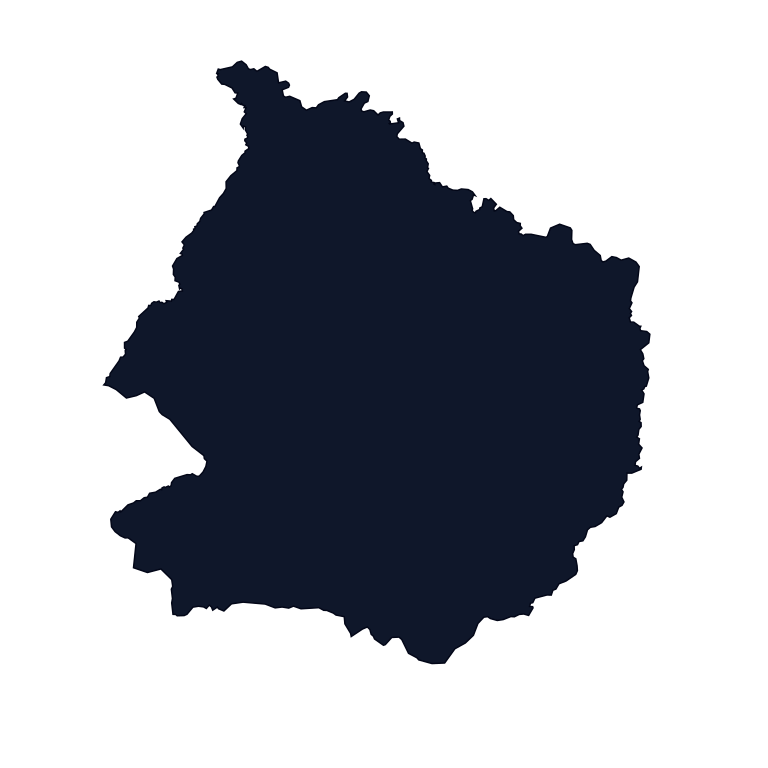 Tain, Brong Ahafo, Ghana, rotated 285°
{"feature_id": "2480657B14065489870616", "entity_name": "Tain", "entity_type": "district", "adm_level": 2, "iso_a3": "GHA", "parent_name": "Ghana", "parent_adm1": "Brong Ahafo", "projection": "orthographic", "projection_center": [-2.339, 7.791], "detail": "fine", "context": "isolated", "style": "filled", "palette": "ink", "viewbox_px": 768, "rotation_deg": 285, "n_neighbors": 0, "source": "geoboundaries", "source_scale": "gbopen_adm2", "svg_char_len": 6171}
<svg xmlns="http://www.w3.org/2000/svg" viewBox="0 0 768 768"><g transform="rotate(285 384 384)"><path d="M645.3,142.4L640.8,142.0L640.9,143.5L640.1,142.9L638.5,144.4L637.2,143.2L635.3,144.6L631.7,149.6L632.2,152.7L630.6,160.6L626.7,164.8L627.2,167.5L621.7,167.0L620.4,165.0L617.3,170.6L616.9,173.7L618.0,173.9L616.7,175.8L616.9,177.7L614.8,177.3L615.3,179.3L610.7,178.6L609.5,181.0L603.7,178.4L597.9,178.0L594.7,181.8L596.8,181.4L596.5,183.7L593.6,184.3L590.1,187.7L588.8,187.2L587.6,188.4L586.0,188.2L584.5,186.3L582.9,186.6L581.3,189.0L579.3,188.6L578.5,191.6L576.5,192.5L572.9,189.5L571.5,190.0L568.0,187.5L561.8,185.6L559.9,185.7L557.7,187.7L556.1,187.7L554.8,186.1L552.0,186.7L545.7,182.2L538.5,179.1L532.0,181.0L526.5,179.6L521.4,177.0L511.6,174.7L511.3,173.5L507.4,172.4L503.1,165.8L501.9,166.3L496.6,164.0L493.4,164.0L490.5,162.2L488.2,162.4L487.0,160.6L485.3,161.4L484.3,160.0L483.1,160.5L480.0,159.2L474.6,154.8L469.0,152.1L466.7,155.2L463.2,154.5L462.4,155.6L457.4,153.5L457.1,155.5L456.0,156.0L451.6,151.5L443.2,149.2L440.6,151.0L435.3,152.2L433.2,154.7L429.7,155.4L429.3,159.6L427.6,161.0L426.2,160.3L423.0,161.9L423.9,162.4L423.6,164.2L421.6,165.2L420.2,161.5L411.3,159.3L410.8,157.1L409.0,157.2L408.1,152.0L406.6,153.0L404.6,150.6L405.4,148.3L404.6,146.5L405.9,145.2L404.1,142.9L403.9,140.5L401.8,138.7L399.4,138.4L399.0,136.4L396.4,136.4L385.7,129.6L384.4,130.7L379.7,129.2L374.6,130.5L369.6,129.4L359.0,125.4L357.0,122.6L351.5,124.1L350.6,126.0L349.3,125.4L345.9,126.6L342.4,125.0L341.7,122.6L337.7,122.1L323.3,116.8L320.2,117.2L318.3,114.3L313.2,114.8L310.6,113.6L311.1,118.4L309.3,126.8L303.8,138.8L308.6,147.7L314.4,154.8L310.7,165.7L299.2,174.1L297.0,177.7L294.5,186.3L274.0,214.8L268.2,228.6L265.4,229.8L263.7,233.0L258.2,233.3L252.2,232.0L247.1,229.4L246.4,227.0L247.7,222.0L246.2,220.7L245.5,217.2L238.7,206.3L233.8,204.3L230.7,204.7L228.9,203.3L229.6,202.1L227.4,199.4L227.7,198.2L226.2,196.5L224.4,196.6L224.4,195.2L220.4,191.4L217.8,185.9L213.4,184.8L212.1,181.8L208.2,178.9L207.1,174.9L204.3,172.9L201.0,168.0L192.3,162.9L193.2,161.9L191.2,160.4L191.1,157.7L182.7,155.1L175.5,157.8L171.8,162.5L169.2,168.6L168.3,173.7L169.2,176.6L165.7,185.8L141.7,189.6L140.7,204.3L147.6,216.4L140.1,229.6L133.8,232.3L130.8,231.7L122.0,235.2L117.6,235.6L106.9,239.8L107.5,242.5L106.6,244.2L108.6,250.9L110.6,253.3L119.0,257.2L121.3,262.3L122.0,267.4L121.2,270.5L125.2,272.4L124.0,275.0L121.2,277.1L125.4,280.8L124.1,282.3L123.3,288.1L132.2,293.6L136.8,304.3L140.7,326.2L139.6,336.8L142.2,343.3L142.9,350.0L146.0,354.0L145.4,362.0L151.1,379.0L149.8,384.3L150.5,387.4L149.6,394.4L148.4,397.4L149.0,405.8L142.2,408.3L134.5,416.3L131.6,417.7L141.8,426.7L145.0,430.8L143.2,433.9L138.9,436.4L137.6,439.1L135.3,440.8L131.5,451.1L132.6,452.7L141.2,457.1L143.4,464.0L141.8,467.3L130.2,477.4L128.1,486.6L126.5,489.0L126.4,502.7L130.2,514.8L146.6,521.0L154.9,529.6L164.4,535.4L177.0,536.7L184.6,540.8L186.1,544.3L185.0,547.4L184.9,554.6L187.3,560.1L192.2,566.7L192.9,570.2L196.4,574.2L198.0,578.5L197.9,583.6L206.3,585.9L207.4,585.2L206.8,582.2L210.1,582.2L211.3,584.3L216.2,585.2L222.4,596.0L223.4,600.2L228.5,600.5L230.4,603.1L236.3,604.7L240.9,610.9L249.8,618.5L253.8,619.1L258.5,617.5L264.8,614.5L265.7,611.5L269.0,610.1L273.2,610.7L277.0,609.5L278.9,612.5L282.3,613.1L284.0,616.7L288.5,618.1L295.8,618.3L299.0,620.4L301.0,624.8L306.4,630.1L314.3,633.4L313.8,636.7L318.9,641.9L325.8,642.6L328.4,645.3L332.2,646.3L336.2,642.9L341.7,642.8L343.7,640.6L346.0,641.6L349.6,641.4L353.9,643.4L360.8,641.7L362.1,646.5L368.2,654.4L370.3,654.1L368.7,652.6L370.4,650.4L370.4,647.5L374.1,647.1L378.3,650.0L382.1,648.3L389.0,649.8L391.8,645.5L397.2,644.9L398.1,641.8L400.4,642.6L406.1,641.9L409.5,643.4L413.2,642.3L413.9,640.1L416.2,640.6L420.3,638.8L424.6,638.4L426.1,637.2L426.0,634.7L426.9,634.1L429.5,634.2L433.3,638.7L441.8,637.7L444.9,634.4L446.5,636.2L449.0,636.5L449.8,637.9L458.4,638.2L464.3,635.4L466.5,635.5L469.0,630.4L473.4,627.5L475.7,628.4L480.1,626.2L483.5,622.7L492.3,629.1L500.9,627.9L502.7,624.2L501.9,618.1L503.9,616.8L506.2,617.1L505.9,615.7L508.4,609.2L507.6,606.1L511.4,603.7L514.2,605.3L516.0,603.7L518.1,604.4L520.3,601.4L526.6,602.5L528.1,600.6L530.9,600.2L542.3,600.5L548.3,602.4L563.5,600.1L567.0,595.8L569.0,587.8L565.0,581.0L566.3,575.8L566.0,571.1L560.1,566.5L558.5,563.7L559.7,561.7L564.1,559.6L567.5,552.4L572.2,547.0L572.5,543.9L568.1,532.8L568.5,530.3L572.1,527.8L581.0,525.7L583.0,523.6L583.8,512.3L577.7,504.5L568.8,503.6L567.6,502.5L566.7,487.3L565.2,481.9L563.3,479.9L564.4,477.7L564.0,475.6L566.3,474.4L570.2,476.9L572.1,474.6L574.4,474.1L574.3,470.4L576.3,466.7L580.1,465.3L582.8,461.0L582.4,458.1L584.7,450.1L580.4,447.2L579.7,445.7L582.4,444.3L586.7,446.0L590.8,439.2L588.5,437.7L589.4,434.6L588.8,432.6L580.6,433.0L578.8,431.0L577.3,431.3L574.7,428.2L573.1,428.0L573.0,426.1L574.5,424.1L576.1,424.3L583.5,419.9L585.2,421.3L589.8,421.5L589.6,423.3L592.5,419.7L593.6,415.0L592.4,408.2L590.1,405.0L589.1,400.4L589.8,395.3L591.4,393.4L589.5,389.4L592.9,385.6L591.3,381.2L589.8,381.5L590.1,380.3L591.5,380.2L591.3,377.4L592.9,377.1L594.1,374.3L597.3,374.1L600.3,370.5L603.8,371.1L604.0,370.1L608.2,369.7L610.6,367.0L612.3,366.7L613.2,364.8L614.8,364.8L617.2,362.9L617.4,361.1L620.0,360.5L620.8,358.2L625.8,355.3L625.5,350.5L623.9,348.7L626.1,341.3L624.4,335.4L626.3,332.3L629.1,332.1L638.2,336.5L641.4,334.7L642.5,330.9L644.9,330.1L643.5,328.3L640.1,330.5L636.6,322.3L636.9,321.6L638.0,322.6L639.4,321.9L640.2,320.1L644.1,320.4L646.9,322.2L648.9,321.6L646.5,312.9L644.9,310.2L642.3,308.6L645.3,303.3L645.1,299.8L641.7,294.1L641.9,291.8L643.7,290.6L650.2,292.3L652.7,295.3L658.6,295.2L661.4,291.3L660.4,286.6L658.5,284.7L651.3,281.5L647.4,277.3L647.3,272.7L651.8,274.5L655.2,273.1L654.8,271.4L648.8,266.2L646.6,265.5L641.3,253.3L636.8,248.5L633.2,247.1L632.4,243.1L628.4,238.2L630.4,232.7L635.9,229.4L637.5,218.5L635.5,214.7L636.2,212.3L641.8,209.5L645.9,215.0L648.2,215.3L649.9,214.0L651.1,210.7L647.6,204.2L656.9,200.2L658.5,192.1L659.9,190.2L660.0,187.2L653.1,180.3L654.8,176.7L653.2,173.8L653.3,171.5L656.7,168.2L659.0,162.9L656.7,159.0L651.1,155.5L645.3,144.5L645.3,142.4Z" fill="#0f172a" stroke="#020617" stroke-width="1.5"/></g></svg>